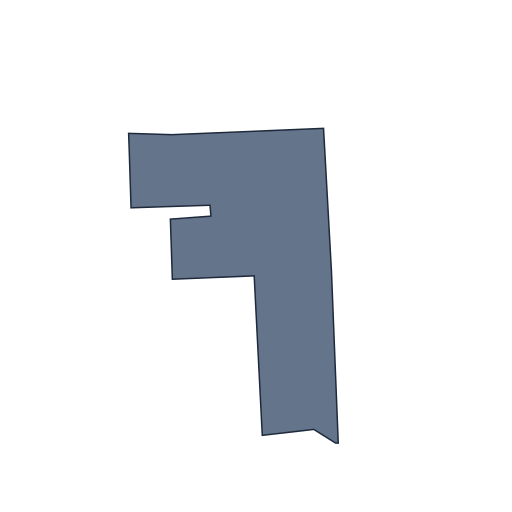 the district of Ciuperceni, Teleorman, Romania, rotated 305°
{"feature_id": "2599482B70697570158857", "entity_name": "Ciuperceni", "entity_type": "district", "adm_level": 2, "iso_a3": "ROU", "parent_name": "Romania", "parent_adm1": "Teleorman", "projection": "orthographic", "projection_center": [24.931, 43.803], "detail": "fine", "context": "isolated", "style": "filled", "palette": "slate", "viewbox_px": 512, "rotation_deg": 305, "n_neighbors": 0, "source": "geoboundaries", "source_scale": "gbopen_adm2", "svg_char_len": 373}
<svg xmlns="http://www.w3.org/2000/svg" viewBox="0 0 512 512"><g transform="rotate(305 256 256)"><path d="M287.0,326.4L399.3,238.1L307.2,117.6L283.4,81.3L269.9,91.5L223.8,126.0L243.7,152.5L271.2,189.2L262.8,196.2L237.1,164.7L189.0,200.8L238.7,265.9L112.7,364.0L147.1,402.8L148.4,428.5L149.9,430.7L287.0,326.4Z" fill="#64748b" stroke="#1e293b" stroke-width="1.5"/></g></svg>